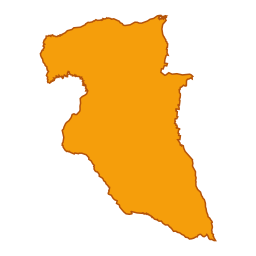 Jombang, Jawa Timur, Indonesia
{"feature_id": "22746128B39847330151566", "entity_name": "Jombang", "entity_type": "district", "adm_level": 2, "iso_a3": "IDN", "parent_name": "Indonesia", "parent_adm1": "Jawa Timur", "projection": "natural_earth1", "projection_center": [112.264, -7.561], "detail": "fine", "context": "isolated", "style": "filled", "palette": "amber", "viewbox_px": 256, "rotation_deg": 0, "n_neighbors": 0, "source": "geoboundaries", "source_scale": "gbopen_adm2", "svg_char_len": 5658}
<svg xmlns="http://www.w3.org/2000/svg" viewBox="0 0 256 256"><path d="M43.3,42.9L44.7,44.2L43.7,44.7L43.1,46.1L43.4,46.5L44.0,46.4L44.3,47.6L43.0,49.3L43.0,50.2L42.1,50.3L41.1,52.7L40.4,53.5L40.7,55.6L41.7,57.9L42.4,58.5L43.2,62.2L44.8,64.0L45.2,65.5L46.9,66.9L46.9,68.5L47.4,69.2L47.1,69.8L48.5,71.5L47.7,72.5L46.4,75.5L47.7,77.2L47.3,79.0L48.0,79.6L47.5,81.3L47.9,82.5L48.6,82.4L49.7,83.1L51.2,81.9L50.9,81.4L51.1,81.1L52.6,81.2L53.2,80.9L53.4,80.5L52.9,80.2L53.0,80.0L54.2,80.3L54.6,79.3L53.9,78.1L54.8,78.3L56.2,77.6L56.2,76.0L56.9,76.1L57.3,77.2L57.8,76.7L58.7,77.2L59.0,75.4L60.0,76.7L61.7,76.6L61.9,77.4L62.5,78.2L62.8,77.8L62.6,76.8L63.4,77.5L63.6,76.3L64.3,75.9L64.4,75.1L65.3,75.6L65.9,76.5L67.5,76.7L67.6,76.1L67.0,75.2L67.8,74.7L67.4,73.9L67.5,72.8L68.2,71.4L69.3,72.0L69.1,72.7L69.5,73.2L69.3,74.0L70.0,73.9L70.5,74.7L72.1,74.9L72.4,75.9L73.7,75.5L74.1,75.8L74.8,74.9L75.4,76.2L76.0,75.5L76.4,76.3L79.7,76.6L80.3,78.6L80.9,77.9L80.6,77.5L81.5,77.2L81.4,78.0L82.4,78.5L82.0,79.5L82.8,79.9L82.9,80.9L83.4,81.0L82.5,81.7L83.7,82.9L83.1,83.3L83.4,84.0L82.9,83.8L82.8,84.1L84.1,84.4L83.9,85.2L83.5,85.4L84.8,85.8L84.8,84.5L85.7,85.1L85.7,86.3L86.0,86.9L85.5,88.1L86.4,88.7L85.7,90.9L86.8,90.8L87.3,90.1L87.8,90.8L86.6,93.9L84.7,95.3L82.3,96.5L80.2,98.5L80.6,103.2L80.0,106.1L80.1,109.8L79.7,111.3L76.7,114.5L75.0,114.5L74.0,113.8L72.2,114.5L71.2,117.5L69.0,120.6L66.6,122.4L65.6,123.6L64.1,126.8L63.4,129.2L62.2,130.3L63.8,137.4L63.0,142.4L62.3,143.3L62.2,145.3L62.9,145.4L63.2,147.2L65.2,150.3L66.8,151.5L67.3,151.2L68.9,151.8L69.2,151.4L70.3,152.3L73.8,153.8L74.4,153.9L74.9,153.0L78.6,153.7L79.1,153.2L81.8,153.2L86.3,154.8L88.8,157.6L88.8,159.3L91.2,160.9L92.8,163.9L93.9,164.9L94.3,165.7L93.7,166.5L94.3,167.7L94.0,168.9L95.0,170.8L96.3,171.8L97.4,171.9L97.8,172.4L99.3,174.5L99.2,176.2L102.1,177.9L103.1,179.0L103.7,180.7L105.4,182.0L106.1,183.9L108.1,185.8L108.5,186.9L109.6,187.3L109.4,189.1L108.8,190.6L109.1,191.0L108.2,193.3L108.5,194.1L111.4,195.3L112.9,198.0L114.5,199.7L117.2,200.8L116.5,203.4L119.4,205.0L119.7,207.0L121.0,208.6L123.8,211.9L126.1,213.8L129.4,214.3L131.8,213.8L132.0,213.3L131.1,211.7L131.3,211.5L137.0,212.9L142.0,213.3L142.3,212.9L143.3,213.0L143.6,213.3L143.4,213.6L144.2,214.0L144.6,213.6L145.2,213.9L145.9,213.5L145.9,213.9L146.7,214.3L147.0,213.6L147.7,214.2L148.1,214.1L148.4,214.8L149.0,214.7L150.3,215.7L150.8,215.6L151.6,216.9L152.0,216.8L152.1,217.2L152.4,217.0L152.7,217.6L153.5,217.9L154.4,219.1L156.5,219.7L157.3,219.4L157.6,219.8L157.4,220.1L158.9,221.1L161.4,221.1L162.8,223.1L164.7,224.5L165.4,224.9L167.9,224.9L170.0,227.3L170.7,227.4L171.2,228.5L171.7,228.7L173.5,231.3L175.3,231.2L176.6,231.5L177.2,232.3L179.7,232.8L182.0,234.5L183.9,235.3L185.5,237.2L187.9,237.6L189.4,239.0L191.5,238.8L193.7,238.2L196.3,236.7L197.2,236.9L197.9,235.3L199.4,234.5L200.7,234.3L203.1,236.5L204.3,236.7L206.3,235.3L206.8,234.4L207.6,235.3L209.0,238.6L210.1,239.5L211.8,239.4L214.1,240.6L215.6,240.6L213.7,237.4L213.6,236.6L213.1,236.2L213.4,234.5L212.0,233.3L212.0,231.1L211.6,230.3L212.4,227.3L212.3,226.2L211.4,223.0L212.2,222.4L212.0,221.4L210.8,220.0L209.7,218.1L208.0,216.7L207.8,214.9L206.6,212.0L206.0,208.2L205.5,207.2L205.4,203.2L204.3,199.6L202.8,198.0L202.4,196.8L201.6,195.8L200.5,192.1L197.7,189.5L196.0,186.0L195.8,182.6L196.1,182.0L195.6,180.8L196.1,177.8L195.4,175.6L195.5,171.7L192.6,166.4L192.5,165.3L192.9,163.5L192.3,160.4L192.5,159.8L185.1,151.4L183.7,148.1L183.3,145.8L182.1,145.2L181.7,145.8L181.3,145.1L181.0,145.4L180.3,145.1L180.0,143.1L177.7,139.7L179.9,139.6L180.4,135.7L178.7,135.4L179.0,133.6L178.1,133.2L178.1,132.8L178.6,130.0L179.6,129.3L179.6,128.8L177.2,128.0L176.5,128.1L176.3,127.9L177.2,127.0L176.9,125.3L175.9,125.2L175.9,123.9L174.6,123.4L175.3,121.5L174.9,121.4L175.1,119.0L175.3,118.6L176.7,118.8L177.8,116.8L176.9,116.4L177.3,111.6L176.2,111.3L176.3,110.1L175.8,109.9L176.1,108.8L179.1,109.4L179.2,108.9L178.8,106.1L178.1,105.4L178.2,104.7L179.4,105.0L179.9,101.1L179.9,100.6L179.5,100.5L179.6,98.2L180.1,97.9L180.4,95.0L180.3,93.7L179.5,92.8L179.2,89.6L180.0,89.5L180.3,87.4L181.4,87.1L183.6,85.2L185.0,86.0L185.9,86.0L185.9,85.2L186.4,85.2L186.5,80.6L187.5,79.2L188.9,79.0L190.7,78.0L192.2,78.9L192.0,76.9L192.8,76.4L191.4,75.0L189.7,74.2L182.4,74.9L176.9,73.7L172.1,74.2L168.8,72.7L165.8,75.0L164.8,75.3L160.8,72.2L161.5,68.7L163.1,69.0L164.4,65.5L166.7,65.9L167.4,63.6L164.5,63.1L164.9,59.5L166.1,55.6L166.9,54.9L168.1,55.2L167.0,52.7L167.2,49.7L166.5,49.4L166.8,47.4L167.4,47.4L167.7,43.8L167.1,43.4L166.8,41.9L165.8,41.1L165.7,39.6L164.7,38.4L164.3,37.1L163.8,36.8L162.7,34.3L161.9,29.0L162.7,24.4L166.1,20.4L165.5,19.4L165.5,18.0L164.5,17.7L166.2,17.3L165.8,16.6L166.6,16.0L165.3,15.7L164.0,16.4L162.0,16.4L162.2,17.0L163.3,16.8L163.1,17.2L163.4,17.4L162.7,17.6L163.3,18.2L162.8,18.2L163.0,18.9L162.1,18.3L161.3,18.9L160.7,18.5L159.6,19.5L159.0,18.9L159.2,17.4L158.7,17.6L159.1,16.4L160.8,16.4L161.5,17.0L161.8,16.5L161.0,15.4L159.1,15.5L157.3,15.9L153.7,18.4L150.0,19.3L147.5,21.0L141.5,23.2L139.2,23.1L137.3,22.3L134.9,22.2L130.2,24.8L125.3,25.5L123.9,25.4L123.0,24.8L122.2,23.6L120.2,22.7L119.3,21.3L113.8,18.8L111.3,19.2L110.9,18.6L108.5,18.0L107.5,18.3L106.8,17.8L106.3,18.4L104.9,19.0L102.9,18.6L103.0,19.5L101.8,20.3L101.2,19.7L100.7,20.2L97.3,20.4L95.9,19.7L94.3,21.0L93.7,20.9L92.3,21.9L89.3,22.5L88.1,22.3L85.6,23.9L85.5,24.6L80.4,27.2L73.8,27.8L71.9,29.5L67.3,30.7L65.2,32.8L62.0,34.4L61.7,35.1L60.1,34.8L60.0,36.0L58.1,35.7L57.7,36.5L55.7,36.6L54.7,36.0L53.3,36.0L53.0,35.2L52.4,34.9L51.8,35.4L51.0,35.3L50.8,36.4L49.0,35.4L48.1,36.2L46.2,36.1L46.0,38.2L45.2,38.8L44.9,39.8L44.2,40.0L43.3,42.9Z" fill="#f59e0b" stroke="#b45309" stroke-width="1.5"/></svg>